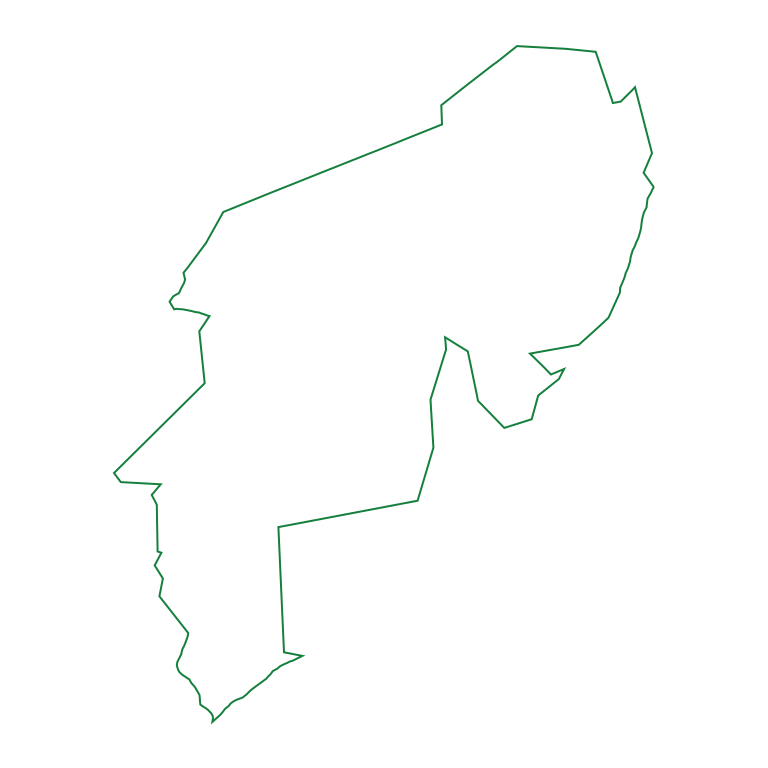 outline of San Felipe Tejalápam, Oaxaca, Mexico
{"feature_id": "50627088B66881116588394", "entity_name": "San Felipe Tejalápam", "entity_type": "district", "adm_level": 2, "iso_a3": "MEX", "parent_name": "Mexico", "parent_adm1": "Oaxaca", "projection": "mercator", "projection_center": [-96.886, 17.081], "detail": "fine", "context": "isolated", "style": "outline", "palette": "green", "viewbox_px": 768, "rotation_deg": 0, "n_neighbors": 0, "source": "geoboundaries", "source_scale": "gbopen_adm2", "svg_char_len": 2505}
<svg xmlns="http://www.w3.org/2000/svg" viewBox="0 0 768 768"><path d="M635.0,87.2L632.6,89.8L620.7,101.6L612.9,103.0L611.7,99.3L595.7,51.8L565.6,48.8L517.0,46.1L498.0,61.2L491.8,65.7L465.9,85.8L441.3,105.2L442.0,124.4L402.9,140.1L385.8,147.0L350.5,161.0L323.3,171.8L270.7,192.8L223.3,212.0L206.0,243.0L187.9,267.3L183.5,272.8L185.1,279.5L184.0,283.1L181.5,287.6L179.0,293.1L175.6,294.9L173.1,296.5L171.8,298.4L169.6,301.7L171.0,304.1L172.0,305.7L174.1,309.3L176.3,308.8L179.0,309.1L182.6,309.3L187.5,310.2L191.7,311.1L196.1,312.2L198.7,312.4L201.8,313.6L203.6,314.1L206.4,315.2L209.5,316.1L199.3,331.3L204.7,383.2L114.0,473.0L120.8,482.1L160.7,484.3L154.3,491.9L151.7,494.9L156.8,504.7L157.6,551.5L161.4,552.7L154.7,565.4L162.9,578.5L159.4,596.3L188.2,633.0L187.9,635.3L187.2,637.9L186.0,641.1L184.9,644.0L183.9,646.4L182.7,648.4L182.0,650.8L181.6,652.2L181.3,654.4L180.5,655.6L179.6,657.6L178.6,659.4L177.3,662.1L176.8,665.6L177.5,667.8L178.2,670.0L179.4,672.0L181.3,673.9L183.6,675.7L185.1,676.6L187.2,678.1L189.2,679.2L190.2,681.0L191.6,683.4L193.2,685.0L194.8,686.9L196.0,688.9L198.0,692.3L199.5,695.0L199.8,698.0L200.0,701.5L200.4,704.7L203.1,706.5L205.4,708.0L207.8,709.7L209.4,711.4L211.2,713.2L212.7,715.8L213.0,718.0L212.4,721.9L215.8,718.8L218.9,716.1L220.5,714.6L222.3,712.5L225.2,708.7L228.6,706.1L230.8,703.3L233.8,701.2L236.5,699.8L242.5,697.6L246.7,694.3L249.8,691.1L252.4,688.9L266.3,678.7L268.1,676.5L270.4,674.4L272.9,671.0L277.1,668.8L280.3,666.1L284.3,664.1L287.2,662.9L289.6,661.6L292.5,660.8L302.4,655.9L284.0,652.3L278.4,527.1L417.6,500.7L433.4,447.7L430.5,399.7L446.1,349.4L445.1,337.3L450.0,340.3L452.8,342.1L456.8,344.6L467.8,351.4L468.0,352.1L468.0,352.4L468.2,353.3L468.9,356.5L476.9,395.2L478.0,400.8L504.3,427.9L531.7,419.2L538.2,395.5L543.6,391.2L558.9,379.0L564.1,369.0L550.9,374.5L544.9,368.2L530.0,353.6L578.8,344.8L581.1,342.7L593.6,331.5L600.7,325.0L608.5,317.7L619.9,292.6L620.2,287.7L621.9,283.8L622.9,281.4L624.6,277.2L625.7,273.1L627.9,268.4L630.1,261.3L630.6,257.3L632.7,250.2L634.8,246.4L636.1,242.7L638.3,238.1L640.4,230.9L641.1,227.4L641.7,222.2L642.1,219.4L643.8,212.8L646.7,207.0L646.7,206.4L646.7,206.1L646.6,205.8L646.8,204.7L646.9,203.8L647.1,202.4L647.3,200.4L647.5,198.9L647.8,198.2L648.4,197.2L648.6,196.8L649.1,196.0L649.2,195.7L649.8,194.7L650.7,193.2L650.8,193.0L651.3,191.9L651.5,191.6L651.8,190.7L652.7,189.0L653.8,187.2L654.0,187.0L653.8,187.1L643.6,172.8L651.1,155.2L652.0,153.2L635.0,87.2Z" fill="none" stroke="#15803d" stroke-width="2"/></svg>